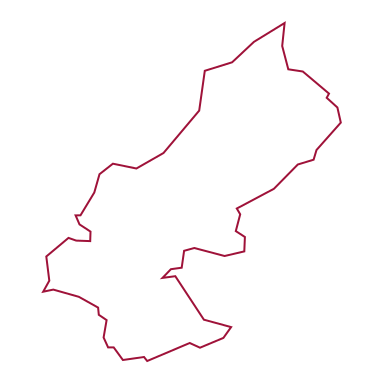 Vraneshtitsa, Vraneštica, North Macedonia (Robinson projection)
{"feature_id": "65306769B74199760072032", "entity_name": "Vraneshtitsa", "entity_type": "district", "adm_level": 2, "iso_a3": "MKD", "parent_name": "North Macedonia", "parent_adm1": "Vraneštica", "projection": "robinson", "projection_center": [21.041, 41.503], "detail": "fine", "context": "isolated", "style": "outline", "palette": "rose", "viewbox_px": 384, "rotation_deg": 0, "n_neighbors": 0, "source": "geoboundaries", "source_scale": "gbopen_adm2", "svg_char_len": 822}
<svg xmlns="http://www.w3.org/2000/svg" viewBox="0 0 384 384"><path d="M244.3,251.4L244.9,237.0L235.8,231.1L240.2,214.3L236.8,208.5L273.9,188.8L297.8,164.5L313.6,159.7L316.5,150.0L340.8,122.6L337.4,107.5L326.7,97.8L329.0,93.6L302.8,71.5L288.3,69.3L282.2,46.0L284.6,23.0L254.0,41.8L232.1,62.3L204.8,70.8L199.2,110.6L163.5,153.0L136.4,168.5L112.9,163.7L99.5,174.2L94.3,192.5L80.5,215.3L75.6,215.4L79.5,224.4L90.5,231.6L90.2,241.1L76.2,240.6L68.5,237.9L46.3,256.5L49.3,280.7L43.2,291.7L53.3,289.6L78.8,296.8L98.1,307.6L98.8,314.8L106.6,320.1L103.6,337.5L108.1,347.4L113.7,347.4L122.9,360.0L144.0,357.0L147.2,361.0L189.7,343.0L200.0,347.7L223.4,337.9L231.1,327.1L203.9,319.7L175.3,276.2L162.5,277.9L170.9,269.2L181.7,267.7L184.1,250.8L194.3,248.0L224.6,256.0L244.3,251.4Z" fill="none" stroke="#9f1239" stroke-width="2"/></svg>